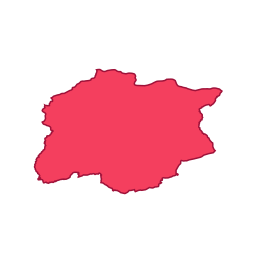 outline of Filadelfia, Caldas, Colombia, rotated 76°
{"feature_id": "7082276B92854280853001", "entity_name": "Filadelfia", "entity_type": "district", "adm_level": 2, "iso_a3": "COL", "parent_name": "Colombia", "parent_adm1": "Caldas", "projection": "equal_earth", "projection_center": [-75.566, 5.29], "detail": "fine", "context": "isolated", "style": "filled", "palette": "rose", "viewbox_px": 256, "rotation_deg": 76, "n_neighbors": 0, "source": "geoboundaries", "source_scale": "gbopen_adm2", "svg_char_len": 5883}
<svg xmlns="http://www.w3.org/2000/svg" viewBox="0 0 256 256"><g transform="rotate(76 128 128)"><path d="M172.4,84.2L173.5,81.9L173.6,80.4L173.9,79.6L174.0,78.7L173.7,76.6L173.9,71.5L173.9,64.8L173.6,63.2L172.7,61.2L172.6,60.4L172.4,56.0L172.6,51.2L171.1,48.9L169.8,49.7L167.1,50.2L165.9,50.1L164.2,49.6L162.9,49.5L162.4,50.1L159.7,51.6L157.3,52.0L156.4,53.0L154.8,53.0L154.0,53.4L152.6,54.7L152.3,55.1L152.3,55.9L151.5,56.1L150.9,57.1L149.4,57.1L146.7,58.7L146.0,58.6L145.5,58.2L144.5,59.1L143.8,59.0L142.2,58.3L141.6,58.3L141.2,57.8L140.8,57.8L140.4,57.4L139.8,57.6L139.6,57.3L138.9,56.0L138.3,55.8L137.9,55.6L137.9,55.2L138.0,54.6L137.9,54.2L136.6,53.8L135.8,53.0L134.8,53.3L133.8,52.9L132.9,52.8L132.2,53.2L131.8,53.3L130.8,54.2L129.9,54.0L129.3,54.7L129.0,54.8L128.4,54.2L127.3,54.4L126.7,54.1L126.3,52.1L126.1,51.5L125.6,51.3L125.5,50.2L124.9,48.5L124.6,46.3L124.8,43.7L125.2,43.4L126.2,43.0L126.4,42.9L126.4,42.6L126.1,41.6L125.7,41.1L125.3,39.8L124.3,38.3L122.6,36.5L121.0,36.2L120.5,35.9L119.7,34.2L119.0,34.2L118.8,32.4L118.4,31.3L116.5,30.1L115.7,28.7L115.1,28.0L114.8,27.9L113.9,28.8L112.4,29.8L110.6,33.1L110.0,35.0L109.8,36.5L110.0,38.3L109.8,39.7L109.3,41.1L108.3,45.3L108.0,46.9L108.0,53.6L106.9,56.2L104.1,60.9L103.4,61.6L101.9,64.7L100.8,66.4L100.1,68.1L99.2,69.3L98.3,69.8L97.2,70.2L93.5,70.7L92.7,71.4L91.9,72.3L91.5,73.0L91.0,74.4L90.1,78.7L90.7,80.3L90.8,81.3L90.7,83.2L89.8,87.7L89.7,89.0L90.2,91.7L90.9,94.4L91.2,98.5L91.0,101.6L88.9,109.0L88.2,110.5L87.5,111.1L86.6,111.2L85.0,110.3L83.8,108.8L83.0,108.5L81.0,109.0L79.9,108.2L79.0,108.1L77.7,108.4L76.9,109.0L75.9,110.9L75.3,112.7L74.9,114.4L74.9,116.9L73.8,119.4L73.4,120.2L73.0,120.6L71.8,121.3L71.5,121.6L71.1,123.3L70.4,124.6L69.7,125.2L68.6,126.2L68.1,127.3L67.6,130.1L67.3,134.0L67.6,136.3L67.4,137.5L66.8,138.8L64.6,140.9L64.3,141.6L64.0,143.1L63.9,144.5L64.6,144.3L65.4,144.4L67.1,145.4L68.0,146.2L68.6,146.2L69.5,147.2L70.5,147.6L71.1,148.3L71.4,149.3L71.2,150.5L71.2,151.1L71.7,152.1L72.2,152.2L72.5,152.7L72.5,154.5L72.0,158.4L72.0,159.2L71.5,161.0L71.5,162.5L72.7,164.3L73.3,167.0L74.4,168.2L75.4,169.8L75.5,170.2L75.3,171.7L75.5,172.1L75.9,172.5L76.8,172.5L77.1,173.0L77.4,173.7L77.6,175.7L79.0,181.4L78.6,183.3L78.5,184.5L78.9,185.4L79.0,186.5L78.9,188.7L79.2,192.7L80.0,193.9L80.2,195.3L80.5,195.3L81.2,194.8L82.2,194.4L83.7,194.7L83.9,195.0L83.6,196.2L83.7,196.7L84.1,197.1L84.9,197.6L85.5,198.4L87.2,198.8L87.0,200.5L86.7,201.0L86.0,202.9L85.7,203.2L86.1,203.2L87.0,203.8L88.2,203.7L89.2,206.2L90.3,207.0L91.0,206.9L91.5,206.6L93.4,204.8L94.3,204.4L95.1,204.7L96.1,205.4L98.8,205.7L100.0,206.5L101.1,207.7L101.5,209.8L101.9,209.8L102.3,209.6L103.4,209.3L104.1,208.7L104.9,207.2L105.9,206.3L106.8,204.5L108.1,203.2L108.8,202.9L110.4,203.3L111.4,203.3L111.9,202.9L112.2,202.4L112.2,201.7L112.4,201.6L112.9,201.6L113.1,201.7L113.9,203.4L114.8,203.6L115.5,205.1L116.0,205.4L116.3,205.8L116.4,206.3L116.4,206.9L116.1,208.1L116.1,208.4L116.3,208.8L117.3,209.0L117.7,210.0L117.9,211.0L118.2,211.2L119.2,211.3L120.3,211.1L120.9,212.1L121.1,212.1L121.3,211.7L121.6,211.7L122.2,212.8L122.6,212.9L122.9,212.8L123.4,212.2L124.5,212.4L125.2,212.2L125.5,212.9L128.7,214.2L128.9,215.5L130.2,216.7L130.3,217.6L131.4,218.4L131.8,219.7L132.6,220.6L133.1,221.6L134.0,221.7L134.3,221.5L134.6,221.5L134.5,222.5L135.3,223.8L135.8,224.1L136.3,224.7L137.3,224.5L138.1,225.1L138.1,225.6L138.2,225.8L139.9,226.1L140.4,226.6L140.6,227.1L141.4,227.4L142.1,227.3L142.4,227.6L143.0,228.1L143.9,228.1L144.8,227.7L145.6,228.0L146.6,227.6L147.6,227.7L148.6,227.1L148.9,226.6L149.5,226.4L150.3,226.6L151.3,225.7L153.0,225.2L153.6,225.6L154.1,226.3L154.3,226.3L155.2,225.1L155.7,225.2L155.9,226.2L155.8,226.5L155.3,226.7L155.3,227.3L155.7,227.7L156.3,227.7L156.7,227.2L157.0,224.5L157.6,223.6L158.3,223.3L159.4,223.4L160.7,223.2L160.9,222.1L160.7,221.4L160.9,220.4L161.5,220.1L161.7,219.8L161.9,219.2L162.3,218.8L162.2,217.7L161.8,217.3L161.8,216.8L162.2,216.1L162.0,215.3L162.1,214.6L162.6,214.1L162.7,213.7L162.3,212.6L161.9,212.2L162.2,211.9L162.0,211.2L162.4,211.0L162.3,210.7L161.9,210.6L161.8,207.5L161.6,206.3L161.8,205.3L161.7,204.2L162.2,203.3L162.0,202.7L162.4,202.3L162.3,201.8L162.7,200.6L162.4,198.3L161.8,196.3L161.0,195.8L160.4,195.6L159.9,195.0L159.0,193.4L158.4,192.7L158.1,192.0L158.0,191.0L158.3,189.5L159.2,186.8L159.9,186.6L160.2,187.5L160.5,187.7L161.7,187.0L162.1,187.0L162.9,187.8L163.6,188.1L163.3,184.0L162.7,182.5L163.1,181.7L163.8,178.8L163.5,175.2L163.8,174.9L163.9,174.5L163.9,172.7L164.4,171.6L165.0,171.4L165.1,171.2L164.9,169.7L165.1,168.9L165.5,168.0L164.8,167.1L164.8,166.7L165.7,165.7L166.0,165.8L166.4,165.7L166.8,165.3L167.2,165.1L167.4,165.3L167.7,166.0L168.7,165.9L169.9,166.2L171.0,166.0L172.4,166.8L173.2,166.8L174.3,167.5L174.5,167.5L174.7,166.8L175.4,165.5L177.6,163.7L178.1,162.8L178.6,162.6L179.1,161.8L179.7,161.7L181.1,160.6L181.6,159.7L182.1,159.2L182.7,158.1L183.4,157.8L184.6,158.0L185.0,157.9L185.4,157.2L184.8,156.8L184.8,156.5L185.1,156.1L185.1,155.6L185.5,155.4L185.5,154.8L186.1,153.8L186.1,153.3L186.8,152.8L187.6,151.7L188.9,150.8L190.8,147.0L190.8,146.4L190.2,144.0L189.5,142.8L188.9,142.1L189.3,140.3L189.4,136.7L189.9,136.8L191.5,136.3L191.3,134.5L191.1,133.4L191.1,132.5L191.2,130.9L191.6,130.4L191.8,129.4L192.1,126.0L191.7,124.2L190.9,121.7L191.7,119.8L192.1,118.7L192.1,117.8L191.7,116.0L192.0,114.6L192.1,112.6L191.4,112.1L190.0,111.8L189.7,110.9L189.7,109.9L189.2,108.7L188.8,108.8L188.7,109.0L188.6,109.8L188.3,109.8L187.7,109.4L186.8,109.0L186.6,108.7L186.6,108.4L186.9,107.8L186.9,107.4L186.0,107.0L185.3,107.1L185.0,106.9L184.8,105.7L185.4,104.3L185.9,102.2L186.1,100.6L185.9,99.3L185.9,97.5L185.4,95.9L185.5,94.1L184.9,91.6L184.9,91.0L185.2,91.0L185.6,91.3L185.7,91.2L185.2,90.7L184.7,90.9L184.4,91.2L184.1,92.4L180.6,91.6L177.1,88.3L176.3,87.4L175.3,85.6L174.6,85.3L173.0,84.9L172.4,84.2Z" fill="#f43f5e" stroke="#9f1239" stroke-width="1.5"/></g></svg>